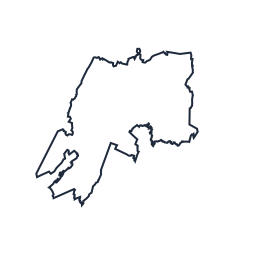 outline of Limbažu pag., Limbaži, Latvia, rotated 114°
{"feature_id": "27541924B16495698294804", "entity_name": "Limbažu pag.", "entity_type": "district", "adm_level": 2, "iso_a3": "LVA", "parent_name": "Latvia", "parent_adm1": "Limbaži", "projection": "equal_earth", "projection_center": [24.723, 57.482], "detail": "fine", "context": "isolated", "style": "outline", "palette": "slate", "viewbox_px": 256, "rotation_deg": 114, "n_neighbors": 0, "source": "geoboundaries", "source_scale": "gbopen_adm2", "svg_char_len": 5853}
<svg xmlns="http://www.w3.org/2000/svg" viewBox="0 0 256 256"><g transform="rotate(114 128 128)"><path d="M222.3,167.4L205.7,152.4L206.1,151.3L207.3,151.5L210.7,150.8L210.8,150.6L210.6,150.3L210.6,149.6L213.3,148.9L213.1,148.6L214.9,147.7L213.4,146.6L210.4,143.7L211.2,143.4L213.5,143.3L213.9,142.9L213.8,142.2L215.0,142.0L215.6,140.8L214.8,140.1L214.9,139.9L217.2,138.7L215.2,138.1L212.8,139.1L209.8,137.5L206.8,136.3L206.3,136.1L204.3,136.4L201.8,135.0L196.0,136.1L195.9,136.2L195.4,136.2L193.0,135.2L190.9,134.9L189.8,133.7L187.6,133.7L187.5,133.9L187.1,133.7L181.6,133.7L180.5,134.1L179.8,134.6L177.6,135.3L177.5,135.6L148.7,137.6L148.2,131.0L149.1,131.2L152.3,131.2L152.6,118.2L153.0,116.3L152.2,114.1L151.3,113.9L150.8,111.1L153.1,110.9L152.9,110.2L155.1,109.0L155.1,108.2L155.3,108.0L148.0,108.7L145.3,108.6L145.3,109.7L145.1,109.9L141.2,111.8L141.1,111.6L140.1,112.1L140.0,114.2L139.7,114.8L136.8,114.8L135.2,115.0L134.6,114.9L132.7,120.7L131.1,125.1L129.8,125.1L129.5,123.6L128.1,123.7L127.4,123.4L127.1,123.6L126.6,123.6L121.6,120.9L122.2,119.6L122.1,118.6L122.3,118.3L120.9,118.1L120.2,117.2L120.2,116.6L120.4,116.0L120.3,115.5L118.7,114.1L119.0,113.1L118.1,112.8L118.2,112.7L117.9,112.0L118.5,112.0L118.6,111.4L115.5,111.1L115.7,110.4L119.2,110.6L119.6,108.6L117.4,108.2L117.5,107.7L119.3,108.0L119.1,107.8L118.7,106.8L118.9,106.8L118.8,106.5L119.4,106.5L119.5,105.5L123.1,106.1L123.1,105.9L123.7,105.7L123.4,105.4L123.6,105.1L123.5,104.7L123.0,104.6L123.6,104.4L123.6,104.5L123.8,104.3L124.8,103.5L125.1,103.2L125.1,102.9L125.3,102.8L126.0,103.0L126.7,102.5L129.2,102.6L129.8,101.5L129.7,101.5L129.8,101.3L130.2,101.5L130.3,101.4L130.0,101.3L130.5,100.6L130.9,100.3L130.7,100.2L130.5,100.5L130.2,100.4L130.6,99.8L131.0,99.9L131.2,99.5L131.6,99.6L131.5,99.4L132.9,99.6L132.9,99.4L133.3,99.4L133.4,99.1L133.1,99.1L133.2,98.9L132.9,98.9L133.0,98.6L134.1,98.4L134.3,97.7L132.5,97.8L132.4,97.5L131.2,97.3L130.3,97.9L129.8,98.1L129.3,98.0L128.9,97.0L128.5,96.5L128.5,95.6L128.2,95.3L127.1,94.3L127.1,94.0L126.8,93.7L126.0,93.3L125.8,93.1L125.4,93.0L125.4,92.7L125.8,92.1L125.9,91.9L125.8,91.6L126.0,91.5L125.9,91.3L126.1,91.0L125.8,90.9L125.8,90.4L125.9,90.1L125.8,89.9L126.1,89.5L126.2,89.0L126.1,88.8L126.2,88.4L125.9,88.2L125.6,86.1L125.2,85.8L124.1,85.7L123.6,85.4L123.5,84.8L122.9,84.3L123.1,84.0L123.8,83.4L123.8,83.1L123.5,82.8L124.0,82.7L123.6,82.3L124.1,81.7L124.6,81.5L124.6,81.0L123.6,80.1L122.9,80.0L122.4,80.1L122.2,79.5L122.6,79.2L122.7,78.6L123.1,78.1L123.1,77.5L123.4,77.3L123.4,76.8L123.1,76.3L123.9,75.6L123.9,75.1L123.2,74.5L120.0,73.9L119.4,73.3L118.3,73.2L118.1,72.9L118.2,72.5L118.1,72.4L118.3,72.2L117.4,70.7L115.9,67.2L115.8,66.4L110.0,67.4L109.3,67.4L107.9,67.0L108.0,66.1L106.9,65.7L108.5,64.8L109.3,64.8L110.3,63.9L103.1,62.8L103.0,63.0L100.6,64.6L99.8,73.3L85.0,79.6L84.2,78.8L83.4,78.9L81.7,78.5L78.6,79.7L76.5,80.8L73.8,81.7L73.5,81.6L71.8,82.2L71.7,82.1L68.7,84.4L69.6,86.0L67.3,88.0L66.4,87.9L66.1,88.5L66.8,89.9L65.6,90.3L66.0,91.2L64.9,93.2L59.3,93.5L58.3,92.7L50.9,91.2L50.3,91.7L48.4,92.5L46.7,93.8L45.7,94.0L45.6,94.5L45.2,94.7L44.5,94.5L44.4,95.1L42.5,96.1L38.8,97.1L39.5,98.3L37.4,99.2L36.2,99.5L35.3,100.1L33.7,101.5L39.2,110.6L42.5,123.2L43.1,122.5L45.3,121.9L45.4,122.1L45.4,123.4L45.3,123.8L44.5,124.5L44.7,124.9L44.0,126.7L44.6,126.8L45.4,127.7L51.4,133.9L53.2,135.1L56.9,135.7L59.4,138.1L61.0,138.7L61.4,139.1L61.6,139.9L61.9,141.4L59.8,141.8L60.5,142.9L59.7,144.8L59.0,145.4L56.1,146.3L55.9,146.6L55.8,147.4L54.7,148.2L53.3,147.9L51.8,148.8L51.1,150.0L51.9,151.7L54.6,151.0L55.7,149.4L56.7,148.6L57.4,148.9L57.7,149.7L58.2,149.9L60.7,149.9L60.9,150.1L61.2,149.9L62.2,150.0L61.6,150.6L61.5,151.2L60.4,151.2L61.8,153.0L64.6,155.7L65.1,155.3L68.2,155.3L69.8,154.8L70.3,154.5L70.5,154.6L71.2,158.2L71.5,159.3L70.9,161.4L72.2,162.0L71.6,164.3L76.0,164.3L77.5,166.2L76.7,167.3L74.7,168.0L74.9,169.5L74.8,169.8L75.3,171.0L75.5,171.0L75.7,171.8L75.2,174.7L74.9,178.0L75.3,178.4L74.8,178.5L74.8,179.9L75.6,180.3L75.6,180.8L76.8,181.3L75.1,183.6L76.6,184.9L76.7,186.6L77.6,188.0L82.9,188.0L89.0,188.6L90.0,189.0L98.4,189.4L103.9,189.5L106.1,188.8L113.0,190.4L114.2,190.3L117.7,188.7L118.3,188.8L118.3,188.6L119.4,188.6L120.0,188.3L121.0,188.6L122.7,188.7L124.5,189.7L124.5,190.7L128.4,190.7L129.3,189.7L130.9,189.1L132.7,189.0L133.5,189.1L133.8,188.8L134.5,189.0L135.3,188.8L136.2,188.9L137.1,188.6L138.2,188.7L138.4,188.6L138.7,188.8L138.9,188.4L142.1,187.5L141.4,185.7L142.8,184.0L146.4,184.7L146.2,181.2L148.7,180.0L150.6,178.8L153.2,178.8L153.4,177.9L154.0,176.8L155.9,176.1L157.1,176.3L157.1,177.8L157.9,179.6L159.5,180.3L159.5,180.5L159.4,181.0L159.5,181.5L158.4,183.1L157.0,183.1L156.7,184.8L157.0,185.5L155.7,186.4L155.7,187.1L159.6,190.8L207.0,193.2L209.9,191.1L206.0,187.9L199.9,182.4L201.2,179.9L198.2,178.0L197.4,177.6L193.3,177.0L186.7,174.5L182.8,174.1L181.6,173.0L177.5,175.8L172.7,174.6L172.7,173.5L172.8,173.2L173.4,172.5L175.0,172.2L175.0,171.9L176.1,170.9L170.7,167.9L171.6,164.8L172.4,164.6L172.7,164.0L172.2,163.5L173.6,162.3L174.6,162.8L176.6,162.7L180.9,165.6L182.1,166.1L182.0,165.4L182.4,165.3L183.0,165.5L183.3,165.4L183.0,164.7L183.1,164.4L184.2,163.8L184.7,163.7L185.7,164.1L187.1,164.3L188.7,165.2L188.7,165.5L188.4,165.9L188.5,166.3L189.7,166.3L190.7,167.1L191.7,167.3L193.1,168.2L194.3,168.6L194.9,169.2L195.0,169.6L194.1,169.5L192.9,168.9L193.4,169.6L195.0,169.9L195.4,170.2L195.7,170.6L196.0,171.5L196.4,172.0L196.7,172.0L197.4,171.8L199.1,171.6L199.3,171.3L199.0,171.0L197.9,170.7L196.6,170.1L195.8,168.7L196.2,168.6L198.8,168.8L199.8,169.4L201.2,169.4L202.9,169.8L206.7,171.1L207.1,171.5L207.0,171.8L206.6,171.9L204.4,171.5L203.3,171.1L203.0,171.2L202.9,171.4L205.3,172.0L205.7,172.4L205.6,172.7L207.1,173.4L209.8,173.7L214.5,176.0L214.6,174.5L216.5,171.4L217.6,170.2L218.9,168.9L220.5,169.3L221.8,167.6L222.3,167.4Z" fill="none" stroke="#1e293b" stroke-width="2"/></g></svg>